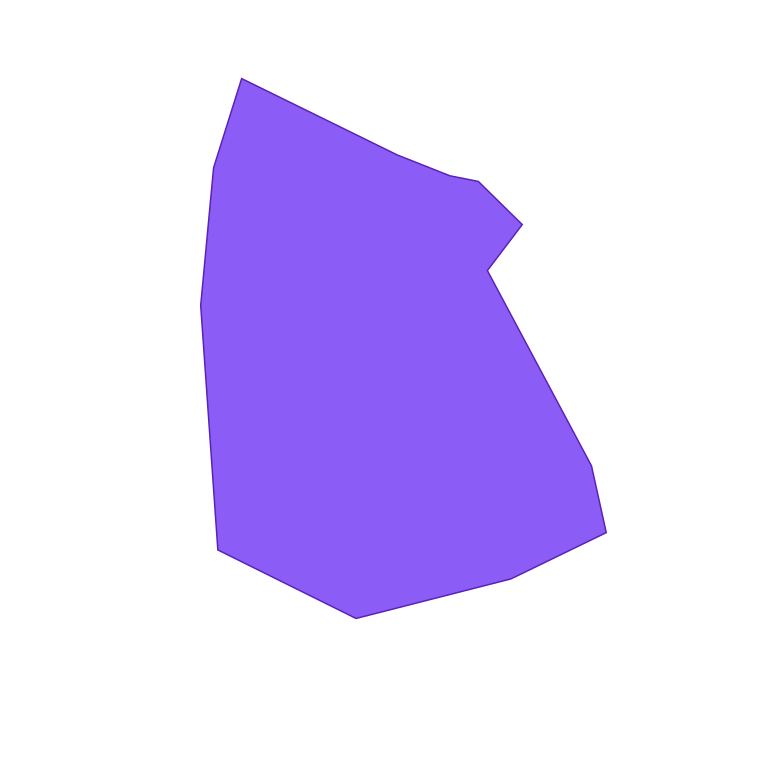 SVG path tracing the border of Manila, rotated 27°
{"feature_id": "PHL-5543", "entity_name": "Manila", "entity_type": "Highly Urbanized City", "adm_level": 1, "iso_a3": "PHL", "parent_name": "Philippines", "parent_adm1": "", "projection": "orthographic", "projection_center": [120.991, 14.594], "detail": "fine", "context": "isolated", "style": "filled", "palette": "violet", "viewbox_px": 768, "rotation_deg": 27, "n_neighbors": 0, "source": "natural_earth", "source_scale": "10m", "svg_char_len": 338}
<svg xmlns="http://www.w3.org/2000/svg" viewBox="0 0 768 768"><g transform="rotate(27 384 384)"><path d="M311.3,607.3L185.0,397.2L134.0,268.7L118.5,176.5L291.8,173.9L348.0,168.6L376.1,160.7L434.8,179.2L424.6,236.0L606.0,362.7L649.5,415.5L585.6,500.0L465.5,605.6L311.3,607.3Z" fill="#8b5cf6" stroke="#5b21b6" stroke-width="1.5"/></g></svg>